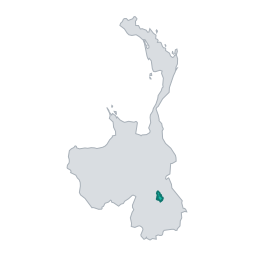 location of Thoen, Lampang, Thailand, rotated 181°
{"feature_id": "78962969B16981445591053", "entity_name": "Thoen", "entity_type": "district", "adm_level": 2, "iso_a3": "THA", "parent_name": "Thailand", "parent_adm1": "Lampang", "projection": "orthographic", "projection_center": [99.304, 17.548], "detail": "fine", "context": "in_parent", "style": "filled", "palette": "teal", "viewbox_px": 256, "rotation_deg": 181, "n_neighbors": 0, "source": "geoboundaries", "source_scale": "gbopen_adm2", "svg_char_len": 5458}
<svg xmlns="http://www.w3.org/2000/svg" viewBox="0 0 256 256"><g transform="rotate(181 128 128)"><path d="M107.3,18.0L107.6,19.1L108.7,17.7L110.1,17.0L113.0,20.1L113.3,21.4L111.3,26.5L111.6,28.2L113.0,29.6L114.6,30.4L116.3,30.1L119.4,28.7L123.0,29.6L122.8,32.9L124.1,38.2L122.4,43.7L120.8,46.4L122.1,48.7L122.2,50.9L118.9,59.4L119.6,60.1L121.7,61.0L122.6,60.7L126.2,57.3L130.1,54.7L131.3,52.5L133.8,51.7L136.0,49.7L141.2,53.1L142.6,53.3L143.2,53.9L143.5,55.3L144.2,55.6L146.2,53.6L149.7,52.3L151.1,49.3L152.7,48.4L152.5,47.0L153.0,46.4L155.9,46.2L160.3,47.6L161.8,47.9L162.6,47.6L169.7,56.8L174.3,60.3L175.5,62.7L174.6,69.0L174.8,72.6L175.9,75.4L177.8,77.2L179.3,79.9L184.6,82.4L184.2,83.1L184.6,84.8L187.9,86.6L188.2,87.3L187.9,89.8L186.4,91.8L186.1,93.4L186.2,95.4L187.1,98.3L186.2,104.4L184.3,106.2L181.8,107.5L180.5,109.2L179.4,108.8L178.9,107.2L176.1,106.3L170.7,107.3L168.0,107.0L164.4,107.7L160.9,107.5L158.8,106.9L152.9,108.3L150.5,109.6L148.7,111.4L146.1,115.9L143.5,118.7L143.5,119.8L140.2,120.6L140.4,124.4L142.4,128.5L143.0,133.7L146.8,137.3L146.1,139.9L146.6,142.4L149.6,148.2L147.5,145.4L147.0,143.6L144.5,140.7L143.7,142.2L140.7,140.1L139.5,137.9L139.0,138.9L136.1,135.9L133.2,134.3L131.5,133.6L127.4,134.7L122.1,133.9L120.1,134.7L119.3,134.2L118.7,133.3L120.2,122.5L115.6,121.1L114.8,120.4L113.8,121.3L109.4,121.7L106.2,123.7L105.8,125.4L107.3,128.4L105.4,133.8L106.1,138.9L105.8,141.6L103.6,145.2L103.0,148.0L100.5,152.4L98.8,157.8L98.4,161.0L95.4,165.8L94.6,168.6L93.6,169.6L94.0,171.8L93.5,178.4L95.4,183.2L94.9,185.5L97.0,186.3L101.9,184.7L103.6,185.1L104.7,187.8L105.9,195.6L108.0,198.0L108.6,196.8L109.5,198.1L110.3,200.4L113.0,212.8L114.3,216.0L112.8,215.2L111.9,211.3L110.4,211.1L110.9,208.7L110.0,207.8L108.5,208.5L108.5,210.4L112.5,216.6L115.0,216.7L118.1,219.4L121.5,221.4L125.8,220.6L128.7,221.2L130.5,222.9L133.3,227.0L137.9,230.4L137.2,232.6L135.4,234.4L134.5,236.7L133.2,237.4L131.5,237.4L129.7,235.5L125.2,237.3L124.2,239.1L123.0,239.6L121.0,237.6L121.2,236.5L122.4,234.9L122.1,230.6L119.3,230.6L117.5,227.4L117.0,227.1L115.7,227.6L111.4,226.1L110.1,224.1L108.8,224.3L107.9,227.7L104.2,223.1L101.6,221.3L101.9,217.8L100.1,217.1L99.4,216.2L100.1,214.1L97.6,214.4L96.5,213.9L95.0,210.2L93.8,208.7L92.2,208.7L91.7,208.0L91.8,206.1L87.9,203.6L86.6,200.6L84.8,199.3L83.6,199.7L82.4,201.8L81.5,201.6L80.6,201.0L79.6,198.1L79.7,192.9L81.0,189.9L81.7,185.1L83.5,181.0L87.3,169.1L87.5,164.4L93.9,157.8L98.2,150.1L99.6,149.0L100.3,147.5L98.0,141.4L97.0,137.1L97.1,135.9L94.4,133.0L93.7,129.7L93.0,128.6L92.7,127.5L93.8,125.6L93.2,118.2L90.2,113.2L84.8,108.5L80.1,101.5L79.5,99.1L79.3,95.6L83.2,93.3L84.7,93.2L85.3,82.8L88.6,80.8L89.2,80.0L89.6,78.2L88.8,77.2L86.7,78.9L86.3,78.6L83.6,72.5L83.1,68.8L72.5,56.2L73.0,54.1L71.5,48.7L70.0,48.6L68.9,47.6L67.8,45.2L69.9,45.5L73.2,44.2L72.7,39.0L74.1,36.0L74.3,31.0L76.9,28.0L77.2,26.6L78.6,26.4L80.4,27.5L82.3,27.5L90.1,26.3L91.1,24.9L91.6,22.2L92.4,21.3L94.1,21.1L96.1,21.6L98.2,20.6L97.8,17.3L101.6,17.9L104.0,16.4L107.3,18.0ZM82.6,203.2L82.0,207.0L80.5,207.8L80.0,205.5L80.9,201.9L81.3,202.8L82.6,203.2ZM107.1,180.6L106.9,182.5L105.5,183.1L105.2,181.0L107.1,180.6ZM140.4,141.7L142.1,144.4L140.2,144.2L139.8,141.6L140.4,141.7ZM101.1,226.6L100.2,225.4L100.9,223.7L101.6,225.8L101.1,226.6ZM85.1,203.6L84.8,205.7L84.0,202.8L85.1,203.6ZM107.2,179.0L106.5,178.7L105.8,177.5L106.7,177.5L107.2,179.0ZM91.7,209.9L92.6,212.4L91.6,211.2L91.7,209.9ZM144.7,148.7L144.5,150.3L143.7,149.6L144.2,148.5L144.7,148.7ZM80.8,188.2L79.8,188.8L80.6,187.3L80.8,188.2Z" fill="#d9dde1" stroke="#a8b0b8" stroke-width="1"/><path d="M97.8,64.5L97.8,64.4L97.8,64.2L97.8,63.9L97.8,63.7L98.0,63.7L98.2,63.4L98.1,63.2L98.1,62.9L97.9,62.8L97.8,62.7L97.7,62.6L97.4,62.2L97.5,62.2L97.6,61.8L97.4,61.7L97.2,61.6L97.3,61.5L97.2,61.4L97.1,61.2L97.3,61.1L97.3,60.9L97.3,60.7L97.5,60.5L97.6,60.4L97.5,60.2L97.6,59.8L97.4,59.8L97.3,59.7L97.2,59.7L97.3,59.6L97.3,59.4L97.4,59.2L97.6,59.1L97.6,59.3L97.8,59.3L97.8,59.2L97.7,59.0L97.7,58.9L97.8,58.8L97.7,58.6L97.8,58.5L97.9,58.4L98.0,58.3L98.1,58.2L98.1,57.9L98.1,57.6L98.2,57.4L98.1,57.2L97.9,57.3L97.8,57.5L97.7,57.6L97.4,57.6L97.1,57.8L96.9,57.9L96.8,58.0L96.8,57.9L96.8,57.7L96.7,57.6L96.8,57.6L96.8,57.4L96.7,57.4L96.7,57.2L96.8,57.1L96.7,57.1L96.8,57.0L96.8,56.9L96.7,56.9L96.6,56.7L96.4,56.7L96.2,56.7L95.9,56.8L95.9,56.7L95.7,56.6L95.8,56.5L95.7,56.5L95.7,56.4L95.4,56.3L95.3,56.2L95.2,56.1L95.1,55.9L94.9,55.8L94.9,55.7L94.7,55.6L94.6,55.4L94.5,55.1L94.4,54.9L94.3,55.0L94.2,55.0L93.9,55.2L93.9,55.4L93.9,55.5L93.6,55.5L93.6,55.8L93.8,55.9L93.7,56.0L93.8,56.0L93.7,56.1L93.4,56.1L93.2,55.9L93.1,56.0L92.9,56.0L92.7,56.1L92.8,56.2L92.8,56.4L92.9,56.5L93.0,56.5L92.9,56.7L92.9,56.8L92.8,57.0L92.7,57.2L92.4,57.3L92.5,57.4L92.4,57.5L92.5,57.5L92.4,57.8L92.2,57.9L92.2,58.0L92.1,58.4L92.1,58.5L92.1,58.8L92.0,59.1L92.3,59.2L92.3,59.3L92.5,59.4L92.7,59.5L92.8,59.5L93.0,59.7L93.2,59.8L93.3,59.7L93.4,59.8L93.6,60.0L93.8,60.2L93.9,60.3L93.7,60.5L93.6,60.8L93.8,60.8L93.7,60.9L93.7,61.0L93.8,61.3L93.7,61.4L93.7,61.6L93.8,61.6L94.0,61.7L94.0,61.8L94.2,62.0L94.3,62.1L94.3,62.3L94.3,62.5L94.4,62.3L94.5,62.3L94.8,62.3L94.9,62.2L94.9,62.3L95.0,62.2L95.1,62.3L95.2,62.6L95.2,62.9L95.2,63.0L95.3,63.1L95.3,63.3L95.2,63.4L95.3,63.5L95.5,63.7L95.5,63.8L95.5,64.0L95.7,64.3L95.8,64.3L96.0,64.3L96.3,64.5L96.5,64.7L96.5,64.8L96.6,65.0L96.8,65.3L97.0,65.3L97.0,65.1L97.3,65.1L97.4,64.9L97.5,64.9L97.7,64.7L97.8,64.6L97.8,64.5Z" fill="#14b8a6" stroke="#0f766e" stroke-width="1.5"/></g></svg>